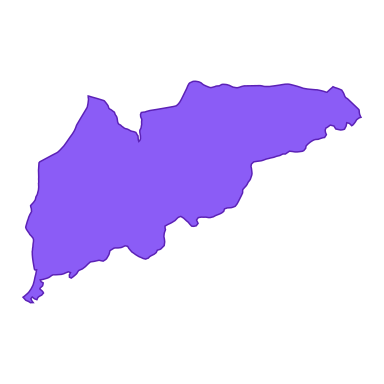 Ugenya, Nyanza, Kenya
{"feature_id": "3690345B43634586140198", "entity_name": "Ugenya", "entity_type": "district", "adm_level": 2, "iso_a3": "KEN", "parent_name": "Kenya", "parent_adm1": "Nyanza", "projection": "mercator", "projection_center": [34.222, 0.217], "detail": "fine", "context": "isolated", "style": "filled", "palette": "violet", "viewbox_px": 384, "rotation_deg": 0, "n_neighbors": 0, "source": "geoboundaries", "source_scale": "gbopen_adm2", "svg_char_len": 5878}
<svg xmlns="http://www.w3.org/2000/svg" viewBox="0 0 384 384"><path d="M156.2,252.6L157.3,250.2L160.0,249.4L160.9,248.9L162.0,247.8L164.2,245.6L164.7,241.9L164.4,239.0L163.9,236.6L164.1,234.4L164.4,232.7L165.5,229.6L165.1,228.3L165.0,226.1L167.8,224.5L170.6,223.2L171.7,222.6L172.7,222.0L175.1,220.5L177.3,218.2L178.1,217.5L179.1,217.0L180.8,216.4L183.6,218.1L186.7,221.0L187.5,221.6L188.3,222.3L189.9,224.3L191.6,226.1L192.8,226.3L193.9,226.3L196.2,225.8L198.1,223.4L196.5,220.0L198.3,217.6L201.3,217.1L204.1,217.2L205.2,217.1L206.4,217.2L208.6,217.6L210.1,217.6L213.3,216.8L215.5,215.6L216.7,215.1L220.0,213.8L221.0,213.3L221.9,212.8L223.7,211.4L224.5,208.9L227.3,207.9L231.0,207.7L232.6,207.3L235.2,206.3L236.9,204.2L238.5,201.3L240.1,198.1L241.3,195.7L242.6,192.9L242.7,189.7L244.3,187.8L246.0,186.0L247.0,184.6L248.2,182.2L249.7,180.3L250.4,179.1L251.7,175.3L252.0,173.8L251.9,172.2L251.5,168.8L251.3,167.7L251.0,166.6L251.4,164.1L253.7,161.9L257.2,161.3L261.1,160.8L262.6,160.4L264.0,159.9L266.4,159.0L268.7,158.5L270.4,158.0L273.8,157.3L276.5,156.3L279.9,155.5L282.8,154.0L285.4,154.0L289.5,151.2L292.3,151.5L293.6,151.7L294.9,151.9L297.4,151.9L299.2,151.7L302.3,151.3L303.8,150.6L305.7,148.3L305.9,146.8L306.2,145.8L308.2,143.8L310.4,142.0L312.6,140.6L314.0,139.9L315.4,139.5L318.2,139.3L319.6,138.8L320.7,138.4L323.0,137.7L324.6,137.5L326.4,134.7L325.5,132.4L325.3,131.2L325.2,130.0L326.0,127.9L327.0,127.5L327.9,126.9L330.3,125.1L333.9,126.0L335.8,129.0L339.1,129.7L340.7,130.0L342.9,129.7L344.5,129.2L346.1,126.1L346.8,122.7L349.4,123.4L351.7,125.7L352.6,125.2L353.5,124.3L354.7,122.8L355.7,121.4L356.2,120.4L356.8,119.6L357.6,119.0L358.6,118.3L359.3,117.8L361.0,117.3L360.5,116.4L359.6,114.2L359.3,112.4L359.2,110.9L359.0,109.8L358.0,108.7L356.2,107.0L347.6,98.8L345.7,97.6L344.9,96.5L343.7,93.4L343.1,92.3L342.4,91.2L341.7,90.1L338.7,88.8L336.1,87.9L335.0,87.6L333.0,86.7L332.0,87.7L330.8,88.7L326.9,92.3L325.7,92.0L324.0,91.4L321.3,90.7L318.5,90.1L316.9,89.8L315.9,89.8L313.7,89.6L309.2,89.2L307.4,89.0L303.3,88.3L300.5,87.3L297.0,86.2L294.4,85.5L291.0,84.6L289.1,84.2L287.9,84.1L285.1,84.2L282.2,84.6L279.5,85.1L274.0,85.9L270.9,86.3L269.6,86.5L268.5,86.5L265.6,86.5L263.9,86.4L262.5,86.0L260.9,85.7L260.0,85.6L250.0,85.8L244.2,85.9L243.2,86.1L241.9,86.4L239.5,87.2L237.7,87.7L236.3,87.7L232.9,87.1L232.1,86.7L231.0,86.2L229.4,85.4L228.1,85.0L226.8,84.6L225.0,84.4L223.1,84.3L222.0,84.4L221.0,84.9L219.9,85.5L219.1,85.9L218.0,85.9L216.1,86.1L214.9,86.6L213.1,87.1L211.6,87.5L210.4,87.6L209.0,87.2L205.8,85.9L203.9,85.0L202.9,84.4L201.0,82.8L199.7,82.2L198.7,81.8L197.6,81.6L195.9,81.3L193.7,81.3L192.7,81.5L191.5,82.1L189.9,82.8L189.0,83.6L187.8,85.8L186.6,88.7L186.0,89.9L183.8,94.4L181.4,99.3L180.7,100.5L180.1,101.6L178.8,103.4L178.0,104.3L176.3,105.8L174.8,106.2L173.5,106.5L167.4,107.6L157.0,109.4L150.0,110.5L148.9,110.8L146.6,111.4L145.0,112.0L143.9,112.1L142.5,112.3L141.3,112.5L140.5,114.5L140.7,116.8L141.1,117.8L141.7,119.1L141.8,120.1L141.6,121.4L141.6,123.0L141.7,124.4L141.4,125.7L141.1,127.6L140.7,128.7L140.1,129.7L139.8,130.6L139.8,132.1L140.4,135.4L140.5,136.9L140.5,138.9L139.8,140.5L138.8,141.5L138.4,140.3L138.2,138.8L138.0,135.9L137.2,134.9L136.5,133.5L135.8,132.4L133.6,131.6L132.4,131.4L131.4,131.1L130.5,130.8L128.7,129.7L127.1,129.0L126.1,128.8L125.0,128.5L124.1,128.0L123.1,127.2L121.8,126.3L120.7,125.2L119.7,124.6L118.6,124.0L118.0,122.9L117.6,121.7L117.3,119.4L117.1,118.2L116.8,117.1L116.3,116.1L115.7,115.3L115.1,114.3L114.8,113.3L114.4,112.2L112.7,111.0L111.7,110.2L110.7,109.5L109.6,109.0L108.9,108.3L108.0,105.6L106.7,103.8L106.1,103.0L104.4,100.9L103.3,100.4L97.1,98.5L88.2,96.0L88.2,97.3L88.5,99.2L88.2,101.9L88.0,103.5L87.4,106.5L87.2,107.3L85.3,110.5L82.6,115.0L80.6,118.3L76.9,124.6L76.5,125.4L75.6,127.9L75.1,129.1L74.5,130.4L73.9,131.5L72.2,134.2L70.0,137.2L66.7,142.0L63.9,145.9L59.7,150.4L57.6,152.3L56.6,152.9L52.3,155.1L39.8,161.8L39.0,162.8L38.6,168.8L38.5,170.1L38.7,177.1L38.6,179.1L38.7,181.2L38.7,182.4L38.5,183.5L38.6,184.8L38.6,185.7L38.7,186.9L38.4,190.1L37.7,192.7L37.5,193.7L37.0,195.0L36.0,196.7L35.3,199.7L34.7,200.7L34.0,201.7L33.2,202.7L31.9,204.1L31.3,204.8L30.6,205.5L30.7,206.6L31.4,208.9L31.4,210.3L31.6,211.3L31.2,212.2L30.6,213.3L29.9,214.5L29.2,216.1L28.7,217.2L28.4,218.3L28.1,219.3L27.6,220.5L27.3,221.5L27.0,222.5L26.4,224.6L26.1,225.6L25.7,227.2L26.0,228.3L26.5,229.4L27.9,231.5L28.6,232.5L29.2,233.3L29.7,234.3L30.5,235.2L31.3,236.0L33.0,238.1L33.5,239.5L33.5,241.3L33.3,242.7L33.1,243.9L33.0,245.0L32.9,246.7L32.6,248.4L32.5,250.1L32.2,251.8L32.3,252.9L32.3,254.7L32.5,257.0L32.6,258.1L33.1,261.7L33.5,264.1L33.7,265.3L34.4,269.2L35.1,270.0L36.6,269.8L35.8,274.1L35.2,276.4L34.9,277.6L34.3,280.6L33.3,284.3L32.8,285.6L31.7,287.7L31.2,288.7L29.3,291.5L28.5,292.5L27.7,293.3L24.4,296.2L23.0,297.2L25.8,300.3L28.4,301.4L29.6,302.1L30.4,302.7L33.2,302.6L31.9,300.8L30.9,298.7L31.6,297.7L32.2,297.0L34.6,298.9L35.8,299.3L36.9,299.7L37.9,297.5L39.2,296.4L41.7,295.1L43.5,293.0L43.0,292.0L42.3,291.1L39.8,288.9L40.2,288.0L42.6,285.8L43.0,284.3L43.2,282.9L41.1,281.7L40.7,280.8L40.2,279.9L43.0,279.4L47.1,278.2L48.6,277.6L49.9,276.8L51.8,275.4L53.1,274.8L55.5,274.8L61.4,274.4L63.9,273.7L64.9,273.2L68.3,271.8L69.4,272.2L70.5,272.6L69.3,275.0L69.5,277.3L70.4,277.6L71.2,278.1L73.2,276.7L75.1,275.1L76.2,274.1L76.9,273.3L78.0,271.4L78.9,270.4L82.4,268.9L85.4,266.6L88.0,264.0L90.4,261.9L94.0,261.4L96.6,260.8L98.9,260.3L99.9,260.4L100.9,260.7L103.2,261.1L105.3,259.8L106.4,258.9L107.0,258.0L108.9,254.7L109.3,253.4L109.9,250.8L111.0,250.0L113.9,248.2L115.2,247.9L118.2,247.9L120.9,247.6L122.1,247.2L123.0,246.8L125.1,245.8L127.6,246.3L128.9,248.5L129.6,249.3L130.4,250.3L132.0,252.1L133.3,252.9L135.6,254.6L138.7,256.5L139.8,257.0L140.9,257.4L143.2,258.5L145.7,259.1L147.0,258.5L148.2,258.2L149.7,256.6L151.2,255.7L154.2,254.2L156.2,252.6Z" fill="#8b5cf6" stroke="#5b21b6" stroke-width="1.5"/></svg>